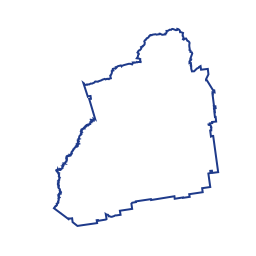 outline of Parkes, New South Wales, Australia, rotated 254°
{"feature_id": "25037944B17305446148962", "entity_name": "Parkes", "entity_type": "district", "adm_level": 2, "iso_a3": "AUS", "parent_name": "Australia", "parent_adm1": "New South Wales", "projection": "mercator", "projection_center": [147.963, -32.823], "detail": "fine", "context": "isolated", "style": "outline", "palette": "blue", "viewbox_px": 256, "rotation_deg": 254, "n_neighbors": 0, "source": "geoboundaries", "source_scale": "gbopen_adm2", "svg_char_len": 5760}
<svg xmlns="http://www.w3.org/2000/svg" viewBox="0 0 256 256"><g transform="rotate(254 128 128)"><path d="M183.6,97.5L169.3,98.0L169.5,98.4L169.1,100.8L166.3,100.4L166.6,98.7L145.8,98.9L146.1,98.7L146.1,98.2L145.8,97.9L146.2,97.5L145.3,97.5L145.3,97.0L144.8,97.0L145.3,96.1L144.9,96.3L144.3,95.8L145.0,94.9L144.5,95.0L144.4,94.0L143.8,94.1L143.9,93.8L143.6,93.8L143.3,93.1L143.1,93.1L142.9,92.7L142.5,92.7L142.6,92.3L142.2,92.2L142.2,91.3L142.0,91.2L142.1,90.9L141.7,90.6L142.2,90.2L141.8,89.6L142.3,89.7L142.3,89.1L142.1,88.7L141.9,89.1L141.3,88.5L141.4,88.3L140.6,86.9L140.7,86.7L140.4,86.6L140.5,86.2L140.4,85.7L139.9,85.2L139.6,85.4L139.7,84.6L139.5,84.4L139.7,84.1L139.4,82.9L138.7,83.0L138.4,82.7L138.6,82.4L138.0,81.9L137.6,82.5L137.1,82.1L136.6,82.5L136.3,81.7L135.3,81.7L135.4,81.1L134.5,80.9L134.0,79.6L133.4,78.9L131.3,77.9L131.0,78.2L130.9,77.2L130.5,77.3L130.1,76.9L129.2,77.0L129.5,76.4L129.2,76.4L129.3,76.1L129.0,75.5L129.0,76.0L128.5,76.0L128.8,76.2L128.5,76.4L128.0,76.0L127.4,76.2L127.7,75.7L127.4,75.4L126.8,75.6L127.1,75.3L126.9,74.8L126.5,75.3L126.2,74.8L126.0,75.4L125.8,74.8L125.2,74.8L125.2,74.4L124.7,74.8L124.3,74.6L124.2,74.1L124.5,74.1L124.3,73.5L124.5,72.6L124.2,72.5L123.7,71.3L123.1,70.9L123.1,70.5L122.3,69.7L122.4,69.4L121.6,69.0L121.5,68.5L120.9,68.1L120.7,67.4L120.2,67.3L119.6,66.6L119.1,66.7L118.9,66.4L118.7,66.7L117.5,65.3L117.7,65.1L117.4,65.0L117.4,64.7L118.0,64.1L117.6,64.0L117.3,63.4L117.8,62.8L117.6,62.6L117.9,61.8L117.7,61.2L117.4,61.0L117.3,61.3L116.0,61.0L115.8,60.7L116.1,60.4L115.9,60.2L115.1,60.2L115.2,60.5L114.9,60.7L114.5,60.3L114.0,60.4L113.6,59.8L112.7,59.6L112.5,58.6L111.5,57.6L111.6,57.1L111.3,57.3L111.6,56.6L110.9,56.2L110.9,55.7L110.6,55.8L110.7,55.3L109.3,55.1L109.4,54.4L108.8,54.7L108.3,54.2L107.8,54.1L107.9,53.8L107.3,53.4L106.8,52.3L107.0,52.0L106.6,52.0L106.3,51.6L106.6,50.6L107.4,50.4L107.4,49.8L107.0,49.4L107.1,49.0L107.6,49.0L107.3,48.8L107.3,47.5L106.9,47.3L106.5,47.8L105.7,47.7L105.4,48.3L104.5,48.5L103.7,49.2L103.4,48.5L102.0,48.9L100.7,48.2L100.4,48.5L99.3,48.2L98.9,48.6L98.5,48.1L97.1,47.6L97.1,47.1L96.8,46.7L96.6,47.1L95.9,46.8L95.3,46.5L95.2,46.1L94.6,46.4L93.4,45.7L93.6,45.3L92.8,45.2L92.7,45.0L92.1,45.1L92.2,45.5L91.9,45.8L91.4,45.6L91.8,45.4L91.6,45.1L90.5,44.7L89.3,44.8L88.3,45.5L87.6,45.6L87.0,45.2L86.1,45.5L86.2,45.1L85.8,45.1L85.5,45.5L85.1,45.3L84.3,45.7L84.0,45.3L83.5,45.2L83.7,44.6L83.5,44.0L84.0,43.9L83.7,43.5L82.9,43.6L82.7,42.5L81.9,42.8L81.6,42.4L80.3,43.0L80.2,42.2L79.8,42.2L80.1,42.7L79.9,42.8L79.2,41.6L78.0,41.7L76.7,40.5L76.1,40.7L75.9,40.3L75.3,40.2L75.0,38.9L74.6,39.1L74.3,38.6L73.6,38.5L73.3,38.3L73.1,37.3L72.7,37.3L72.4,36.9L72.2,37.1L72.5,36.2L71.3,34.7L56.7,45.8L57.3,46.4L57.0,46.7L56.6,49.4L52.8,48.8L47.8,52.4L47.1,57.8L45.1,72.1L48.0,72.5L47.8,73.7L47.0,73.6L46.1,81.5L46.4,82.3L51.4,82.9L50.6,83.6L50.1,84.8L49.4,85.1L48.5,85.1L48.3,86.0L47.7,86.5L47.1,87.9L47.2,90.5L47.5,91.6L47.2,92.7L46.6,96.9L50.7,97.4L49.1,109.7L54.3,110.4L55.0,111.5L54.6,115.2L55.3,115.3L53.3,130.4L52.4,130.3L49.6,153.8L47.1,153.4L46.1,161.7L45.7,161.6L44.8,168.3L47.5,168.6L45.7,182.1L49.7,182.7L48.6,190.8L62.1,192.7L62.0,195.0L64.1,195.3L63.8,196.9L61.6,196.6L60.7,202.5L96.9,207.7L97.1,207.1L96.9,205.4L102.9,206.3L102.6,208.2L102.8,207.8L103.6,207.4L105.3,208.3L105.8,208.3L105.9,208.0L106.5,208.3L107.8,208.1L108.2,207.4L108.8,207.3L108.6,206.9L108.8,206.4L109.2,206.4L109.0,207.7L109.9,207.9L109.5,210.3L110.6,210.5L109.9,214.5L114.5,215.3L114.6,214.6L119.5,215.4L119.3,215.9L121.7,216.3L121.8,215.8L123.1,216.0L122.9,217.7L124.8,218.0L125.1,216.5L125.8,216.6L125.8,216.8L137.5,218.6L137.3,218.9L139.1,219.2L138.3,221.0L140.4,221.3L141.0,220.1L152.1,217.0L152.3,216.2L153.3,216.4L157.4,220.1L162.8,221.0L163.9,214.3L167.5,214.8L167.1,213.1L166.5,212.6L166.2,210.7L164.3,207.2L164.8,205.1L167.8,205.1L168.4,205.4L170.5,205.5L170.4,205.9L173.1,206.3L173.3,205.0L174.1,205.4L174.6,205.2L175.4,205.8L175.4,206.4L176.3,207.6L176.6,207.7L177.2,206.9L181.9,210.3L183.1,210.2L184.0,208.9L185.2,209.4L186.1,208.6L186.9,209.1L189.4,209.4L191.0,209.8L192.7,210.6L193.5,210.6L194.8,210.0L195.5,209.1L198.0,208.5L198.2,207.4L197.6,205.9L198.2,205.3L199.0,206.0L200.0,206.3L201.5,205.9L201.7,206.2L202.7,206.3L204.2,207.1L205.7,205.1L205.8,204.5L207.2,204.7L208.3,204.3L209.3,203.4L209.7,202.7L208.7,202.3L208.8,201.1L210.9,198.3L211.0,197.5L210.5,196.5L211.0,195.2L210.4,193.1L210.7,191.8L209.6,191.7L208.6,190.9L208.5,189.9L207.9,189.8L207.9,189.5L207.7,189.5L208.2,186.5L209.9,184.7L210.0,184.3L209.5,184.0L209.9,181.1L210.5,180.4L210.9,177.7L210.9,176.9L210.7,176.5L211.2,175.5L211.2,175.1L210.7,175.0L210.6,173.8L209.3,172.5L209.2,171.2L208.9,171.0L208.8,170.3L207.9,169.5L207.6,168.3L206.7,167.5L205.6,167.7L203.7,166.9L203.1,165.9L202.9,165.1L202.5,164.9L202.2,164.3L202.4,163.8L202.2,162.8L201.4,162.9L200.6,162.5L199.5,160.8L199.6,160.1L199.3,159.4L197.9,157.9L196.7,158.6L196.3,158.6L196.3,158.8L195.9,158.7L195.2,157.7L193.9,157.2L192.6,155.7L191.6,157.9L190.9,158.8L189.8,158.3L188.4,158.5L187.9,158.3L188.6,156.2L188.6,155.0L189.1,154.6L188.8,153.6L189.0,152.2L189.4,151.9L189.2,151.5L189.6,150.6L189.0,150.5L188.0,149.5L189.1,147.9L189.5,146.4L189.6,141.4L189.4,139.1L189.1,138.8L190.1,138.4L190.2,135.8L190.1,134.8L189.7,134.2L189.8,133.4L189.2,133.6L188.5,132.3L189.0,131.6L189.0,129.7L188.0,129.1L187.3,129.5L187.2,128.1L185.7,127.8L184.6,127.1L184.2,126.6L183.7,126.3L183.3,125.4L180.5,125.2L180.6,123.8L180.2,123.1L180.4,122.7L180.9,122.3L180.8,121.3L181.1,120.9L180.9,119.8L181.6,119.2L181.5,116.6L181.2,115.8L181.0,112.0L180.8,111.8L181.7,109.4L181.6,109.0L181.0,108.3L180.6,105.7L181.0,104.4L180.6,102.7L181.0,101.4L180.8,100.8L181.2,100.3L181.0,99.5L181.5,98.1L182.9,98.0L183.6,97.5Z" fill="none" stroke="#1e3a8a" stroke-width="2"/></g></svg>